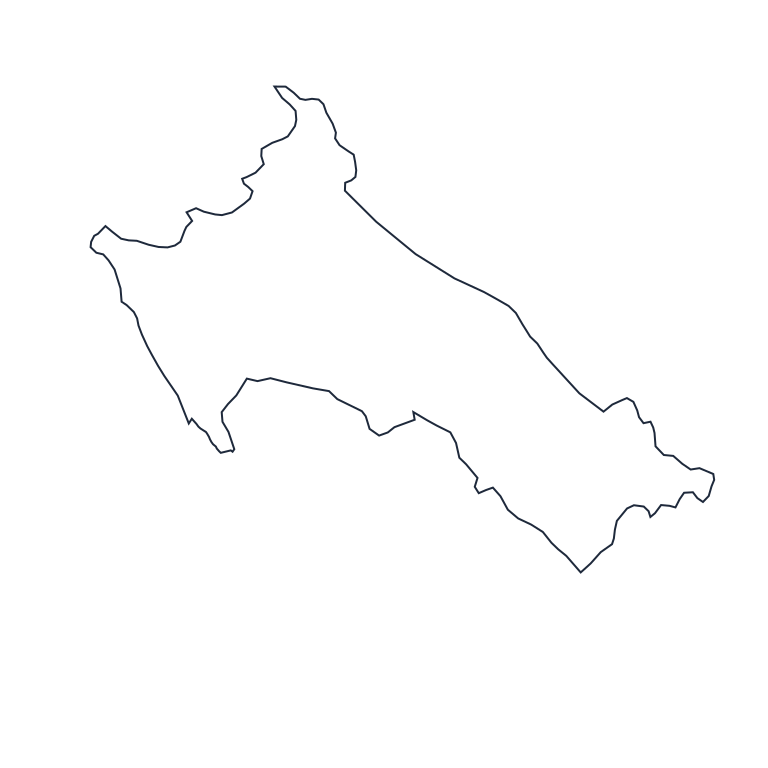 the district of Barat Daya, Pulau Pinang, Malaysia, rotated 134°
{"feature_id": "92858781B94521596565323", "entity_name": "Barat Daya", "entity_type": "district", "adm_level": 2, "iso_a3": "MYS", "parent_name": "Malaysia", "parent_adm1": "Pulau Pinang", "projection": "robinson", "projection_center": [100.233, 5.367], "detail": "fine", "context": "isolated", "style": "outline", "palette": "slate", "viewbox_px": 768, "rotation_deg": 134, "n_neighbors": 0, "source": "geoboundaries", "source_scale": "gbopen_adm2", "svg_char_len": 2493}
<svg xmlns="http://www.w3.org/2000/svg" viewBox="0 0 768 768"><g transform="rotate(134 384 384)"><path d="M548.0,497.0L542.5,498.1L543.0,491.2L543.6,487.9L543.5,485.1L542.2,478.6L542.7,476.4L543.6,473.2L544.7,470.7L545.6,467.9L546.1,465.1L545.8,461.5L546.6,459.4L546.9,455.9L546.9,453.6L538.2,448.1L537.9,445.9L534.9,446.4L526.5,462.6L523.4,473.9L517.0,481.2L506.8,482.3L494.8,482.3L475.4,486.4L469.8,477.0L458.7,469.7L450.4,455.1L436.5,432.1L427.3,418.6L427.3,407.1L418.9,381.0L419.9,374.7L426.3,363.2L424.5,351.7L416.2,347.6L407.8,346.5L388.4,337.1L383.8,343.4L380.1,327.7L377.3,317.3L372.7,302.7L376.4,291.2L384.7,278.6L384.7,269.2L386.6,251.5L394.9,247.3L396.7,240.0L389.3,236.9L382.9,233.7L383.8,222.3L388.4,207.6L387.5,194.1L382.9,180.5L380.1,166.9L381.9,153.3L381.9,143.9L381.0,133.5L382.9,111.6L369.8,110.7L369.1,110.7L354.4,111.3L340.8,108.7L335.5,111.3L328.4,116.7L320.7,121.4L304.7,122.7L297.6,120.0L291.7,112.0L291.7,105.3L294.6,100.0L288.7,99.3L278.6,100.6L273.3,94.0L270.3,88.6L261.5,91.3L253.8,92.6L247.3,86.6L248.4,79.3L247.3,72.6L239.0,72.6L230.1,77.3L223.6,79.9L220.0,84.6L225.4,98.6L232.5,104.0L234.2,114.0L234.8,126.0L240.7,133.4L240.2,145.4L231.3,155.4L228.3,160.1L226.0,166.1L231.9,170.1L230.7,177.5L227.1,183.5L223.6,192.2L225.4,199.5L230.1,201.5L240.2,205.5L251.4,206.9L255.0,237.0L252.6,276.4L252.0,285.1L250.8,291.1L248.4,301.8L248.4,311.8L246.7,318.5L244.9,325.8L241.3,338.5L241.3,348.6L244.3,360.6L248.4,376.0L259.1,406.7L268.6,451.5L272.7,502.3L272.1,546.4L266.2,551.7L260.3,549.0L254.9,548.4L249.6,552.4L244.3,559.1L240.1,565.1L241.3,571.1L243.1,581.8L241.3,589.8L236.6,593.2L232.4,601.8L228.9,613.9L224.8,621.9L224.8,628.6L228.9,633.9L234.2,637.9L237.2,642.6L237.2,651.3L238.4,661.3L246.1,669.4L249.0,656.0L248.4,646.0L249.0,637.3L254.9,630.6L260.3,627.2L272.7,625.2L278.6,627.2L288.1,631.9L299.9,635.3L305.3,630.6L309.4,623.2L321.2,623.2L330.7,626.6L334.9,628.6L337.2,623.9L336.6,618.6L336.6,612.5L343.7,609.2L351.4,609.9L366.2,612.5L375.1,617.9L379.3,623.2L385.2,633.3L388.1,641.3L397.6,645.3L400.0,635.3L408.3,635.3L412.4,633.9L423.1,629.3L429.6,630.6L436.1,634.6L442.0,641.3L447.3,650.0L452.7,661.3L458.0,667.4L462.1,674.0L463.3,685.4L463.9,694.1L474.6,694.1L478.7,695.4L485.2,693.4L489.4,690.1L489.4,682.1L485.8,676.0L486.4,668.0L488.8,657.3L498.3,639.9L507.1,629.9L506.0,623.9L506.0,613.9L508.3,607.2L512.5,601.2L516.6,592.5L521.3,580.5L524.3,571.1L527.9,559.1L530.8,547.7L535.6,524.3L548.0,497.0Z" fill="none" stroke="#1e293b" stroke-width="2"/></g></svg>